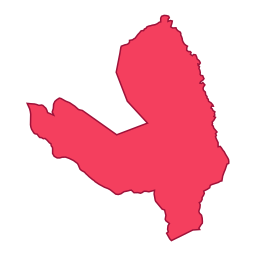 the district of Santa Fé de Goiás, Goiás, Brazil
{"feature_id": "56859067B58729650453779", "entity_name": "Santa Fé de Goiás", "entity_type": "district", "adm_level": 2, "iso_a3": "BRA", "parent_name": "Brazil", "parent_adm1": "Goiás", "projection": "albers", "projection_center": [-51.164, -15.663], "detail": "fine", "context": "isolated", "style": "filled", "palette": "rose", "viewbox_px": 256, "rotation_deg": 0, "n_neighbors": 0, "source": "geoboundaries", "source_scale": "gbopen_adm2", "svg_char_len": 3216}
<svg xmlns="http://www.w3.org/2000/svg" viewBox="0 0 256 256"><path d="M120.8,47.7L119.9,53.4L116.2,72.3L127.3,101.2L147.5,123.1L116.7,134.8L82.4,110.5L79.8,109.9L78.5,109.5L74.8,106.2L69.6,102.7L65.6,101.1L61.0,98.5L59.3,98.1L56.7,99.8L54.9,101.4L53.6,104.2L53.3,108.6L52.2,112.0L53.7,115.2L47.6,112.6L46.9,110.4L45.9,108.3L42.8,105.4L41.3,105.0L39.9,105.3L38.7,105.3L36.6,104.5L34.5,104.0L31.5,103.8L27.2,103.4L29.6,108.7L30.3,111.4L30.7,114.2L30.5,124.8L30.9,127.2L31.6,129.3L33.9,133.0L35.0,133.8L37.2,134.2L38.9,136.6L39.9,137.5L41.5,137.6L43.3,138.7L45.1,138.5L47.0,140.1L49.5,142.9L50.9,143.7L51.3,145.9L52.4,147.3L52.6,148.6L52.6,153.5L54.2,156.3L57.1,157.9L59.9,157.9L62.2,157.2L65.6,157.1L69.0,158.3L73.5,160.5L77.5,163.5L78.4,165.2L80.0,169.1L81.4,170.4L84.5,172.1L86.1,173.9L87.5,175.1L89.0,176.6L92.6,179.6L93.8,180.3L95.2,181.7L99.1,184.3L101.7,185.7L104.4,187.2L107.9,188.5L110.3,189.8L115.7,194.1L118.2,194.5L120.9,193.8L124.0,191.7L127.9,190.9L130.0,190.3L131.4,190.2L134.0,192.7L137.9,192.6L140.5,193.2L141.9,192.7L144.0,191.3L146.1,191.3L148.9,191.8L154.5,190.3L154.1,194.0L155.2,200.1L155.7,201.4L162.1,209.1L164.6,210.0L165.9,215.4L165.2,219.2L165.8,220.7L169.4,223.5L168.0,225.7L167.6,229.3L168.3,231.8L166.6,233.2L169.8,238.9L171.4,240.6L173.0,239.8L192.8,230.0L199.7,229.5L198.9,228.1L201.2,224.5L202.3,223.2L202.4,221.6L202.2,218.1L201.5,215.2L199.5,213.2L198.8,211.2L199.9,207.8L200.2,204.8L199.3,202.6L200.9,201.7L202.1,199.5L202.1,197.4L203.4,195.5L204.3,193.4L203.7,191.1L207.3,189.3L209.7,187.7L210.2,185.4L211.7,184.6L218.4,182.4L220.3,181.2L221.9,180.9L222.7,176.0L224.1,172.1L225.1,169.8L227.0,164.1L228.7,163.4L228.8,161.5L228.5,159.5L227.6,157.7L225.3,153.9L224.3,151.9L222.7,149.9L221.5,148.0L220.2,146.4L218.1,146.7L218.1,144.7L218.1,142.6L217.1,140.6L216.2,138.6L215.5,136.7L216.4,135.4L215.5,133.6L217.0,132.0L215.5,130.2L213.8,128.2L213.1,125.9L212.1,125.0L212.5,123.5L212.2,122.0L213.7,120.4L215.5,117.3L213.9,116.5L214.8,115.1L214.4,113.3L214.9,111.8L213.1,110.7L212.1,108.7L211.0,108.0L211.6,106.1L213.3,106.2L212.8,104.9L211.1,102.9L208.6,101.3L208.2,99.2L207.0,98.0L207.0,96.4L205.9,95.3L205.5,93.6L205.3,92.0L204.3,91.2L203.3,89.9L203.1,88.2L203.6,86.7L204.9,84.9L202.9,82.6L201.4,83.5L199.9,83.1L200.7,81.6L203.0,80.0L204.0,78.7L203.4,77.5L202.7,75.7L200.9,75.4L200.1,74.3L200.3,72.7L199.8,70.2L198.9,68.3L199.5,66.7L198.2,65.5L198.0,64.0L199.3,64.5L200.3,63.0L199.5,61.1L198.4,60.0L197.1,58.9L196.7,57.1L195.7,54.9L193.7,54.5L192.3,55.7L190.4,54.3L191.1,52.4L190.1,51.5L188.5,51.6L186.7,50.3L186.8,47.5L187.5,46.2L185.6,45.1L184.2,43.8L183.0,41.8L182.4,40.3L182.2,38.6L181.5,36.5L180.8,35.2L180.8,33.4L180.3,32.2L178.8,31.3L177.7,30.6L176.4,29.1L176.0,27.8L172.6,28.0L170.7,26.8L171.8,23.6L172.3,21.0L170.4,20.5L168.0,21.4L168.2,18.9L169.3,17.8L168.6,16.2L166.5,15.6L164.1,15.4L161.6,16.3L160.7,18.2L160.7,20.2L160.7,21.9L159.3,22.2L158.0,23.2L156.9,23.9L155.0,24.7L152.2,25.2L150.7,25.7L149.1,26.0L147.0,26.8L146.0,28.3L144.4,29.0L143.6,30.6L142.1,30.6L140.8,31.1L139.8,32.5L137.8,34.6L136.4,36.5L135.1,38.2L133.6,39.0L132.6,39.8L129.5,40.4L129.5,42.1L128.8,43.2L127.4,44.3L124.7,44.9L121.3,46.2L120.8,47.7Z" fill="#f43f5e" stroke="#9f1239" stroke-width="1.5"/></svg>